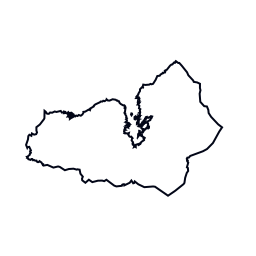 the district of Morowali Utara, Sulawesi Tengah, Indonesia, rotated 215°
{"feature_id": "22746128B96188894812390", "entity_name": "Morowali Utara", "entity_type": "district", "adm_level": 2, "iso_a3": "IDN", "parent_name": "Indonesia", "parent_adm1": "Sulawesi Tengah", "projection": "natural_earth1", "projection_center": [121.396, -1.847], "detail": "fine", "context": "isolated", "style": "outline", "palette": "ink", "viewbox_px": 256, "rotation_deg": 215, "n_neighbors": 0, "source": "geoboundaries", "source_scale": "gbopen_adm2", "svg_char_len": 6022}
<svg xmlns="http://www.w3.org/2000/svg" viewBox="0 0 256 256"><g transform="rotate(215 128 128)"><path d="M199.2,54.0L199.3,54.6L198.1,55.9L194.7,54.0L194.9,52.8L193.4,52.1L193.4,51.0L193.7,50.8L193.1,49.6L193.7,48.0L193.5,47.0L194.1,46.5L193.5,46.3L193.5,45.6L192.2,45.7L191.7,45.3L189.5,46.0L189.3,47.2L188.5,47.7L187.3,47.1L186.6,47.9L185.3,48.0L184.3,48.8L183.3,48.2L182.1,48.4L181.6,49.0L181.5,50.1L179.0,50.1L177.8,49.4L176.8,49.7L176.3,48.7L175.7,48.7L172.9,51.5L166.4,52.8L163.2,56.4L161.5,57.0L155.5,57.2L152.9,60.5L149.3,63.4L146.1,64.5L145.8,65.1L143.7,66.1L140.8,63.3L137.1,62.2L136.6,60.1L135.5,58.9L131.5,58.7L130.4,63.2L126.2,63.2L122.4,67.6L119.0,70.1L117.0,70.8L116.0,73.2L106.2,72.9L104.0,73.5L99.9,77.1L100.2,78.2L99.6,79.2L98.8,79.7L98.1,78.9L95.2,84.1L95.1,86.9L92.0,85.7L91.4,86.5L91.8,88.1L87.3,87.8L80.7,88.9L73.9,94.5L72.2,95.4L56.4,95.5L53.3,103.7L50.3,113.9L50.3,115.4L52.6,120.0L54.1,124.9L54.1,127.3L56.0,129.6L57.2,129.6L58.8,134.2L59.6,134.4L60.2,135.4L60.7,135.0L61.3,135.6L61.8,136.6L62.2,136.6L62.4,137.7L61.2,138.7L61.0,140.8L53.3,151.9L51.2,156.1L49.8,164.4L51.2,177.4L51.3,182.5L56.2,182.7L66.3,184.8L70.5,186.5L72.6,188.9L75.7,190.9L78.1,189.6L83.8,190.9L89.0,197.2L90.3,200.5L92.0,202.0L94.4,205.5L97.5,205.0L100.6,203.5L101.8,204.3L108.8,205.8L111.6,207.5L119.8,209.9L123.3,210.7L124.1,210.1L127.2,210.2L127.3,208.8L126.8,208.7L126.9,208.3L127.9,207.9L128.1,205.5L128.8,204.9L129.3,203.2L129.6,197.9L130.5,196.6L130.6,195.9L129.8,195.7L129.6,194.9L130.0,194.8L130.5,193.2L131.2,193.1L131.3,191.9L132.0,190.6L132.0,189.0L133.8,187.4L133.0,183.3L132.8,178.6L133.8,177.3L134.9,177.0L135.5,175.7L138.5,173.2L140.4,172.3L139.5,169.7L138.0,170.1L139.3,169.6L139.6,169.7L139.8,170.1L140.4,166.6L139.4,165.2L139.2,162.1L138.8,161.4L139.1,157.6L138.7,160.7L138.5,157.2L137.4,158.0L137.5,158.4L136.8,158.2L136.6,159.2L136.1,159.0L136.5,158.5L135.6,158.3L135.6,157.5L134.4,157.3L133.7,156.2L133.6,155.0L134.1,154.6L134.9,155.0L134.6,154.4L133.8,154.0L133.7,153.4L133.1,154.3L133.1,152.9L131.4,152.7L130.3,150.4L128.7,150.5L128.4,149.1L127.2,148.1L127.6,146.8L126.7,147.1L125.9,145.3L125.4,145.3L124.7,144.2L125.4,142.6L124.5,141.6L123.8,141.8L124.2,141.2L123.8,140.9L124.4,140.4L124.1,139.2L123.6,139.0L123.8,137.6L123.2,136.7L123.1,137.1L123.0,136.8L122.2,137.3L122.1,138.1L121.1,136.4L119.8,138.1L119.2,138.1L119.5,140.2L119.1,140.1L119.0,140.6L119.4,142.5L119.1,145.1L119.5,145.5L119.4,146.1L119.0,146.0L119.6,147.1L119.0,147.9L118.4,147.3L118.3,147.9L117.3,147.9L116.8,149.1L116.1,149.5L116.1,150.6L115.7,150.7L115.5,151.7L115.4,151.1L114.8,151.3L114.4,149.2L114.8,147.9L114.3,147.2L115.4,145.3L115.8,143.2L114.3,143.3L113.6,142.6L113.0,140.7L112.6,141.1L113.0,141.5L112.2,140.7L111.6,141.2L110.9,140.1L111.2,139.2L112.9,138.6L113.2,137.5L112.9,137.1L113.4,135.6L113.7,136.1L114.7,136.1L115.7,135.4L114.6,135.2L114.4,134.3L114.2,134.8L113.4,134.4L113.3,132.9L113.9,132.2L114.9,132.5L114.4,132.0L115.7,131.5L116.3,131.5L116.8,132.3L117.2,132.1L116.3,130.9L115.1,130.7L114.9,130.0L115.9,129.7L115.0,127.3L114.6,129.0L114.0,129.0L112.8,130.5L112.4,130.2L112.6,129.2L110.0,129.4L109.6,128.8L109.2,129.5L108.6,129.5L108.4,127.8L107.9,127.3L109.1,124.2L108.8,122.3L109.3,122.3L109.2,120.8L109.6,120.1L110.5,120.7L112.0,118.7L111.8,117.5L111.3,117.6L110.7,116.8L111.8,116.7L112.2,115.9L112.6,117.2L113.9,117.8L114.0,117.1L114.6,117.1L115.4,117.9L115.7,119.2L117.9,119.9L118.7,121.8L118.5,122.3L120.4,122.8L121.1,122.0L122.1,121.9L123.7,122.6L124.4,124.4L124.9,123.6L124.8,123.0L125.9,123.0L127.4,121.8L127.9,121.7L127.8,122.4L128.3,122.7L129.1,122.7L129.9,124.2L129.0,125.0L130.0,125.1L130.7,126.5L130.5,127.0L129.9,127.0L129.0,128.3L128.4,128.4L129.0,128.8L128.4,129.2L128.0,130.2L128.2,131.0L129.7,130.7L130.9,129.5L130.2,132.0L129.4,132.4L130.3,132.6L132.6,131.4L133.0,132.1L133.3,131.9L133.0,133.3L134.0,134.3L134.6,134.2L134.5,135.4L135.5,135.5L136.1,136.7L138.0,137.5L138.5,138.3L139.2,138.1L139.7,138.5L139.8,139.6L141.2,142.3L142.1,142.2L142.4,142.7L141.8,142.6L141.6,143.2L142.8,144.2L144.1,144.5L144.9,143.8L147.6,143.5L149.4,143.8L150.7,144.7L151.4,144.3L152.4,144.5L152.9,144.0L154.3,144.1L157.1,142.7L158.8,139.9L160.2,139.0L161.9,139.2L161.7,138.8L162.5,136.6L163.9,136.1L164.1,135.0L165.6,134.0L165.7,133.1L168.3,128.6L168.8,126.6L168.6,126.3L168.1,126.7L170.2,122.1L170.1,121.3L169.8,121.3L169.7,122.1L169.4,120.9L170.2,121.0L170.8,119.9L170.6,121.0L172.4,116.9L173.7,115.7L173.3,115.4L173.1,112.9L173.7,111.0L175.8,110.4L176.2,108.9L177.5,108.5L177.8,107.4L178.3,107.5L179.3,105.5L180.2,107.8L183.1,108.1L183.8,107.4L182.9,105.9L182.6,106.6L180.9,107.4L181.0,106.8L180.5,106.8L181.0,106.4L180.8,105.1L181.7,105.6L181.7,105.2L181.4,103.6L180.8,104.2L180.4,103.4L180.8,102.2L181.4,103.2L182.2,103.2L182.1,103.8L182.5,103.8L182.6,104.7L182.8,104.2L183.3,104.8L183.7,104.6L183.6,103.3L184.0,102.9L184.2,104.7L184.9,104.8L184.0,105.4L184.9,106.4L186.0,106.7L186.1,104.9L187.3,104.8L188.7,103.6L188.9,104.6L189.3,104.5L189.2,105.0L189.9,104.7L189.6,104.2L191.0,102.7L192.9,103.4L195.8,100.1L197.5,99.5L198.9,97.0L200.7,96.0L201.0,94.2L201.9,93.6L202.9,93.3L204.7,94.1L206.2,94.2L202.1,88.1L201.9,87.0L202.2,80.3L203.5,76.1L201.5,73.3L200.0,72.2L199.7,70.3L201.1,68.7L203.6,68.4L202.7,66.2L204.9,65.9L205.0,64.2L203.4,61.3L201.8,55.7L199.2,54.0ZM127.7,139.7L127.0,138.4L127.0,139.6L126.1,140.6L126.6,141.3L126.2,142.2L126.7,142.9L127.2,142.4L127.1,141.1L127.7,139.7ZM118.3,137.6L119.4,135.8L117.5,136.5L118.0,136.9L117.4,138.1L117.5,139.0L118.1,138.7L118.3,137.6ZM132.4,140.4L132.4,141.6L133.0,142.1L133.6,141.9L133.3,140.8L132.4,140.4ZM117.3,140.8L117.5,139.9L117.2,140.3L117.1,141.4L117.6,141.3L117.3,140.8ZM128.5,140.1L128.3,140.6L128.7,141.3L128.9,140.7L128.5,140.1ZM117.0,142.5L117.0,141.7L116.5,142.3L117.0,142.5ZM126.5,144.3L126.1,144.1L125.8,144.6L126.5,144.3ZM117.7,142.9L118.0,142.4L117.8,142.0L117.6,142.4L117.7,142.9ZM117.5,142.7L117.3,142.0L117.0,142.9L117.5,142.7ZM114.8,126.9L115.0,127.0L114.8,126.7L114.8,126.9Z" fill="none" stroke="#020617" stroke-width="2"/></g></svg>